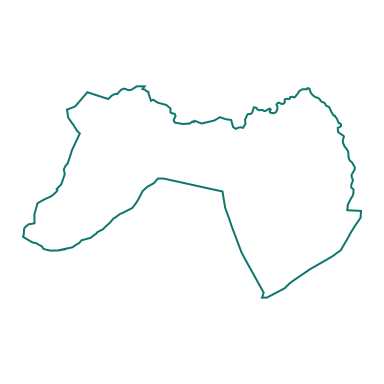 San Mateo Peñasco, Oaxaca, Mexico (Robinson projection)
{"feature_id": "50627088B42338204291067", "entity_name": "San Mateo Peñasco", "entity_type": "district", "adm_level": 2, "iso_a3": "MEX", "parent_name": "Mexico", "parent_adm1": "Oaxaca", "projection": "robinson", "projection_center": [-97.488, 17.14], "detail": "fine", "context": "isolated", "style": "outline", "palette": "teal", "viewbox_px": 384, "rotation_deg": 0, "n_neighbors": 0, "source": "geoboundaries", "source_scale": "gbopen_adm2", "svg_char_len": 4302}
<svg xmlns="http://www.w3.org/2000/svg" viewBox="0 0 384 384"><path d="M245.0,119.7L245.5,123.8L242.9,127.9L240.4,127.2L238.0,127.8L235.9,128.9L233.0,126.9L231.2,120.0L225.4,119.1L219.9,117.2L214.3,120.5L201.7,123.5L194.5,120.8L193.6,122.1L192.4,121.5L189.7,123.6L185.2,123.8L182.3,124.0L181.2,123.7L174.9,122.6L173.9,121.1L173.8,119.5L175.6,116.3L174.7,113.8L171.2,113.1L170.4,112.3L170.5,108.5L166.4,105.0L162.0,103.8L158.5,102.9L156.3,101.8L153.3,99.7L151.0,100.8L148.4,93.0L148.5,91.9L146.1,91.0L145.2,89.8L142.5,89.1L144.6,86.3L143.2,86.3L136.8,86.3L131.6,89.7L128.7,90.2L124.1,88.6L121.2,89.7L117.1,94.1L116.5,93.8L114.2,94.3L111.9,95.5L108.2,99.0L93.0,94.1L87.4,92.2L75.3,106.3L72.3,107.6L69.9,108.5L68.3,109.3L67.0,109.5L68.2,117.6L72.8,124.2L73.3,124.4L73.8,125.7L77.5,131.3L79.8,133.5L72.0,150.1L69.8,157.2L67.5,163.8L67.0,164.2L66.8,164.4L65.7,165.5L63.8,169.5L64.7,173.7L64.6,174.7L61.3,184.3L59.0,186.7L58.6,187.1L56.6,189.1L57.4,190.3L56.3,191.9L52.5,195.3L50.3,196.7L44.4,199.4L37.4,203.3L37.2,204.6L35.1,211.7L34.4,214.6L34.5,223.3L28.4,224.4L24.5,227.8L24.1,229.4L23.7,234.8L23.0,236.8L32.4,242.4L35.9,243.1L41.6,246.2L42.0,246.5L43.5,248.9L46.7,249.8L50.5,250.6L54.1,250.5L57.5,250.5L60.8,249.8L60.6,250.1L64.3,249.4L63.9,249.1L72.5,247.3L75.5,245.1L79.1,243.1L81.5,240.3L90.5,237.9L92.9,236.1L94.8,234.5L95.9,234.0L97.1,232.4L101.5,230.0L103.2,229.1L105.4,226.7L108.8,223.7L109.5,223.1L111.7,220.7L112.3,219.8L113.3,218.6L115.0,217.7L119.3,214.5L120.4,213.7L122.0,213.2L129.5,209.4L130.6,208.9L130.9,208.8L132.0,208.2L134.0,205.9L135.9,203.2L136.2,202.8L137.7,200.5L138.5,199.1L138.6,198.8L142.8,190.8L143.0,190.7L147.5,186.7L154.0,183.1L157.8,178.6L160.0,178.5L161.1,178.5L161.4,178.5L161.5,178.5L162.2,178.5L162.9,178.5L164.2,178.7L174.8,181.0L184.3,183.1L201.5,186.9L216.1,190.1L221.8,191.3L222.5,191.5L223.6,198.5L223.7,198.8L225.1,207.5L229.4,219.3L229.8,220.8L229.9,221.0L230.0,221.2L231.5,225.8L241.4,252.1L244.8,258.6L249.3,266.7L256.2,279.2L263.7,292.7L262.0,297.7L266.9,297.6L284.6,288.3L289.1,283.9L291.0,282.3L292.1,281.5L294.6,279.8L295.2,279.3L296.0,278.8L309.9,269.3L331.8,256.7L335.2,254.3L336.1,253.6L337.9,252.2L340.2,250.8L340.7,250.3L349.2,235.7L349.8,234.2L350.2,233.6L354.9,226.0L360.6,217.7L361.0,210.9L347.9,210.3L347.2,210.1L347.7,207.1L347.6,205.4L348.4,203.6L348.9,202.4L350.6,199.3L351.3,197.7L352.3,196.6L353.0,194.8L353.4,193.1L353.5,191.0L353.6,189.8L353.2,189.3L352.2,188.4L351.2,187.2L351.1,186.6L351.2,186.0L351.5,183.9L352.9,180.9L352.9,180.2L352.3,178.6L351.7,176.6L351.5,175.6L351.9,174.3L352.4,173.4L353.3,171.9L354.6,169.8L354.8,167.8L354.5,166.7L354.1,165.9L353.4,164.8L352.7,163.7L352.0,162.5L351.5,161.8L350.5,161.3L349.9,160.5L349.1,159.2L348.9,158.3L348.5,157.1L348.5,156.0L348.3,153.7L348.4,153.0L348.3,152.0L347.8,150.8L347.0,149.8L346.3,148.5L345.3,147.3L344.4,146.2L344.0,145.2L343.5,144.0L343.2,143.3L342.8,141.9L342.9,140.5L343.1,139.2L343.9,136.9L343.6,135.9L341.1,134.2L339.3,133.1L338.3,132.2L338.0,131.2L337.8,130.0L337.8,127.8L338.8,127.5L340.6,126.5L341.1,126.0L341.1,125.4L340.7,124.0L340.4,123.5L339.6,123.3L339.1,123.4L338.0,121.7L336.9,118.5L335.3,116.9L335.1,116.0L334.5,115.5L333.4,115.4L332.8,114.1L331.6,112.4L330.5,110.1L329.1,107.0L328.0,106.6L326.9,106.0L326.0,105.6L325.5,104.6L325.1,103.6L324.5,103.0L324.1,102.7L323.5,102.5L322.2,102.0L321.3,101.4L320.6,100.7L320.2,100.0L319.3,99.0L318.3,98.0L317.7,97.7L317.1,97.6L316.4,97.5L315.3,97.0L314.2,96.3L313.1,95.5L312.6,94.8L311.3,93.7L310.4,91.7L309.8,90.3L309.8,90.0L309.6,88.9L309.5,88.7L308.3,88.2L307.5,88.2L306.8,89.3L306.2,89.3L305.7,89.2L302.3,89.3L301.0,90.0L298.9,91.5L298.4,92.6L297.4,94.0L296.5,95.1L295.7,96.2L294.5,97.5L292.6,96.7L291.6,97.1L290.5,97.1L290.1,97.2L290.2,97.7L289.7,98.7L288.8,99.2L287.6,98.9L286.4,98.9L285.0,99.3L284.6,100.1L284.8,100.9L284.8,102.1L283.5,103.7L281.9,104.0L280.6,103.5L279.1,102.7L278.7,102.6L277.4,103.3L276.5,104.6L277.4,106.6L277.3,109.3L276.6,111.0L275.6,112.4L273.9,113.2L272.2,113.0L270.9,112.9L270.1,112.4L269.6,111.4L270.7,109.7L270.0,108.6L269.2,108.8L267.4,109.7L265.5,110.9L264.1,111.0L262.5,110.0L261.3,109.9L259.3,110.3L257.6,109.6L256.2,107.7L254.0,107.3L253.2,109.3L252.6,111.4L251.9,112.8L250.8,114.0L248.1,114.1L247.1,115.0L246.4,116.9L245.0,119.7Z" fill="none" stroke="#0f766e" stroke-width="2"/></svg>